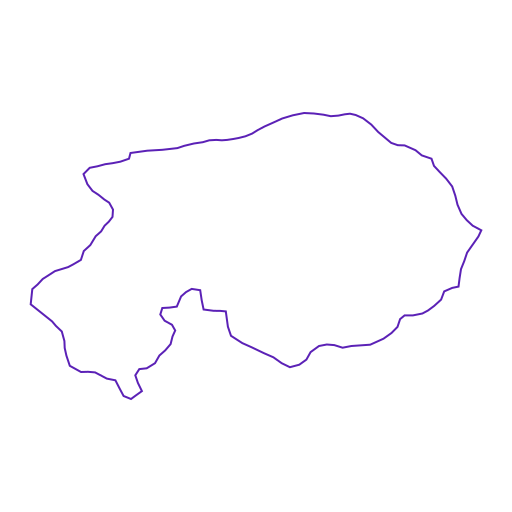 the district of Charqueadas, Rio Grande do Sul, Brazil
{"feature_id": "56859067B28095216539953", "entity_name": "Charqueadas", "entity_type": "district", "adm_level": 2, "iso_a3": "BRA", "parent_name": "Brazil", "parent_adm1": "Rio Grande do Sul", "projection": "mercator", "projection_center": [-51.568, -29.995], "detail": "fine", "context": "isolated", "style": "outline", "palette": "violet", "viewbox_px": 512, "rotation_deg": 0, "n_neighbors": 0, "source": "geoboundaries", "source_scale": "gbopen_adm2", "svg_char_len": 1936}
<svg xmlns="http://www.w3.org/2000/svg" viewBox="0 0 512 512"><path d="M141.9,391.1L137.9,382.9L135.3,375.3L139.3,369.1L146.7,368.3L155.0,363.2L159.4,355.5L165.2,350.4L170.6,344.1L172.5,336.5L175.2,330.5L172.0,324.8L164.6,320.7L160.3,314.5L162.3,308.0L169.5,307.6L176.8,306.6L181.1,296.4L186.0,292.1L191.7,288.9L200.2,290.2L201.7,300.3L203.6,309.5L213.6,310.8L220.4,310.9L225.8,311.4L227.9,326.7L231.0,335.8L242.3,343.1L251.7,347.3L264.0,353.2L273.4,357.3L281.7,363.2L289.9,367.2L299.3,364.7L306.4,359.6L310.6,352.1L319.0,346.0L326.8,344.5L334.3,345.1L342.6,347.7L351.4,346.0L370.2,344.7L383.5,338.7L391.5,333.0L397.5,326.9L400.1,319.1L404.6,315.4L412.9,315.4L422.4,313.5L428.0,310.5L434.2,305.9L441.1,299.6L444.2,291.4L452.2,287.9L458.5,286.6L459.6,278.0L461.0,269.1L464.2,261.2L467.1,252.6L478.4,236.5L481.3,230.3L472.7,225.7L466.7,220.1L461.5,213.9L457.5,204.7L455.3,195.7L452.2,186.5L446.2,178.7L439.5,171.8L434.0,165.9L431.5,158.7L421.8,155.4L415.5,150.2L404.6,145.4L397.8,145.2L391.2,142.9L378.2,132.0L371.3,124.6L363.1,118.3L355.7,115.0L350.0,113.7L344.8,114.3L338.4,115.6L330.8,116.2L323.5,114.7L313.9,113.5L304.1,113.0L292.8,115.3L282.2,118.5L272.8,122.8L264.5,126.5L257.7,130.1L252.1,133.6L245.4,136.3L238.6,138.0L233.2,139.0L227.2,139.9L221.8,140.3L216.4,139.9L209.3,140.3L202.8,142.2L193.9,143.5L184.3,145.8L177.4,148.1L162.4,149.8L147.2,150.7L130.5,153.0L129.0,158.7L120.3,161.7L112.5,163.2L105.2,164.2L97.4,166.3L89.7,167.8L83.5,174.1L87.4,184.2L92.5,190.9L98.6,194.9L104.3,199.5L109.2,202.7L113.0,209.6L112.5,216.9L108.8,221.7L104.6,225.7L101.1,231.4L95.7,236.2L90.3,245.1L83.8,251.0L80.9,259.9L73.0,264.5L68.1,267.1L55.0,271.1L42.7,279.0L37.6,284.5L32.3,289.1L30.7,304.3L52.1,321.4L55.9,325.9L61.8,331.5L64.4,341.0L64.7,348.0L66.4,355.6L69.8,365.8L81.0,372.0L88.1,371.8L95.1,372.4L106.8,378.6L115.4,380.3L119.6,388.5L123.6,396.0L131.0,399.0L135.9,395.4L141.9,391.1Z" fill="none" stroke="#5b21b6" stroke-width="2"/></svg>